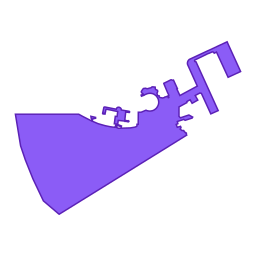 the district of 13, Ad Dawhah, Qatar
{"feature_id": "91078587B12401503508412", "entity_name": "13", "entity_type": "district", "adm_level": 2, "iso_a3": "QAT", "parent_name": "Qatar", "parent_adm1": "Ad Dawhah", "projection": "orthographic", "projection_center": [51.541, 25.292], "detail": "fine", "context": "isolated", "style": "filled", "palette": "violet", "viewbox_px": 256, "rotation_deg": 0, "n_neighbors": 0, "source": "geoboundaries", "source_scale": "gbopen_adm2", "svg_char_len": 3358}
<svg xmlns="http://www.w3.org/2000/svg" viewBox="0 0 256 256"><path d="M24.1,156.2L25.3,159.8L33.0,179.0L43.4,200.9L58.8,214.0L59.2,214.2L113.4,180.6L138.7,164.9L161.6,150.7L186.7,135.1L186.4,134.7L186.4,133.2L186.0,132.8L185.7,132.9L184.0,131.2L184.0,130.9L183.7,130.5L181.9,130.5L180.2,129.1L181.0,127.6L180.7,126.7L180.5,126.3L177.3,127.3L177.0,126.5L176.8,126.1L176.2,124.4L177.9,123.7L177.3,121.5L183.8,119.4L185.1,120.3L192.1,118.1L192.7,117.1L188.9,115.0L185.8,116.0L180.4,117.8L179.0,116.4L179.0,106.9L186.9,102.6L186.9,101.5L190.1,99.8L192.1,103.3L197.8,100.1L195.2,95.5L199.9,93.0L201.4,93.4L210.8,113.9L218.2,110.6L196.0,61.8L195.4,61.7L195.0,61.6L194.7,61.3L194.6,61.0L194.6,60.5L194.7,60.1L195.1,59.9L195.5,59.7L207.8,53.7L209.3,53.2L211.8,52.1L212.3,51.9L212.8,52.0L213.4,52.2L213.9,52.6L214.2,53.2L216.5,52.1L228.1,77.3L240.6,71.5L228.6,45.2L227.1,41.8L189.3,59.4L188.6,60.1L187.9,61.1L187.5,62.3L187.4,63.5L187.6,64.6L197.3,86.1L179.9,95.5L176.8,88.9L177.4,88.6L173.5,80.1L173.0,80.3L172.8,80.3L171.4,79.8L171.2,79.8L170.9,79.8L167.3,81.6L163.8,83.3L163.8,83.6L167.4,92.2L168.5,94.5L168.8,95.4L168.6,95.6L168.2,95.8L168.7,97.0L168.8,97.5L168.3,97.7L168.1,97.2L167.5,96.3L167.3,96.2L165.9,96.9L165.2,96.9L164.7,97.1L164.4,97.4L164.2,97.6L163.7,97.7L163.2,97.8L162.6,98.0L161.6,97.8L160.2,97.5L159.7,97.3L159.4,97.1L159.2,96.8L159.1,96.4L159.2,96.1L159.2,95.9L158.5,95.7L157.9,95.5L157.5,95.3L157.0,93.3L157.1,92.9L157.3,92.5L157.7,91.6L157.6,90.6L157.5,90.3L155.7,89.5L155.5,89.2L155.3,88.6L155.2,87.9L155.2,87.1L154.8,87.0L154.0,87.0L152.8,86.8L151.8,87.0L151.0,87.8L150.4,87.9L149.1,88.2L147.9,88.6L147.0,88.7L145.5,88.2L143.4,88.5L142.5,89.6L141.5,91.2L141.3,91.6L141.5,92.6L141.8,92.9L143.0,93.8L143.1,94.0L143.0,94.3L141.1,95.1L141.5,96.2L143.9,95.3L143.8,95.1L145.6,94.4L146.7,93.9L147.7,93.6L148.7,93.4L149.8,93.3L150.8,93.3L151.9,93.5L153.1,93.8L154.1,94.3L155.1,95.0L156.0,95.7L156.8,96.7L157.4,97.6L157.8,98.3L158.2,99.1L158.5,100.4L158.7,101.7L158.7,103.0L158.4,104.5L157.9,105.8L157.1,107.2L156.2,108.4L154.7,109.6L153.5,110.3L152.4,110.7L150.9,111.0L149.5,111.1L148.1,110.9L146.8,110.6L146.0,110.2L141.2,112.2L139.7,112.2L138.3,112.2L138.2,122.7L138.2,124.3L137.0,124.3L137.0,124.9L136.9,125.8L136.8,126.2L136.5,126.5L135.0,127.1L130.3,127.9L118.4,128.3L116.5,127.5L117.3,125.3L121.3,126.8L121.5,126.0L117.7,124.5L118.2,120.4L125.0,121.1L125.0,121.4L125.9,121.4L126.7,121.5L127.6,121.7L128.1,121.9L128.5,121.8L128.9,121.5L128.9,121.1L128.5,120.8L128.1,120.6L127.9,120.7L127.7,120.9L125.9,120.5L125.7,120.4L124.8,120.2L125.7,112.1L128.8,112.4L129.0,112.5L129.3,112.5L129.5,112.3L129.6,112.0L129.6,111.7L129.2,111.3L121.3,110.0L121.2,109.3L121.0,108.5L120.4,107.9L119.7,107.5L119.0,107.2L118.3,107.2L117.8,107.3L117.2,107.6L116.8,108.0L116.4,108.6L116.2,109.2L105.0,107.0L104.4,107.0L103.9,107.3L102.6,113.4L102.7,113.7L102.9,113.9L103.1,114.0L103.3,114.0L103.4,113.7L103.5,113.4L104.1,113.3L104.2,113.7L104.2,114.0L105.0,114.1L106.0,109.3L106.3,109.2L111.9,110.3L113.0,110.6L117.7,111.5L117.1,116.5L115.3,116.3L114.3,123.8L116.3,124.0L114.9,127.3L112.9,127.1L110.1,126.7L105.2,125.7L100.6,124.4L97.9,123.6L92.1,121.1L92.9,118.8L95.6,118.3L95.6,117.4L90.9,116.3L91.2,118.3L91.8,119.3L91.8,119.5L91.8,120.1L91.5,120.9L82.5,116.3L78.7,114.2L15.4,114.2L20.6,145.9L24.1,156.2Z" fill="#8b5cf6" stroke="#5b21b6" stroke-width="1.5"/></svg>